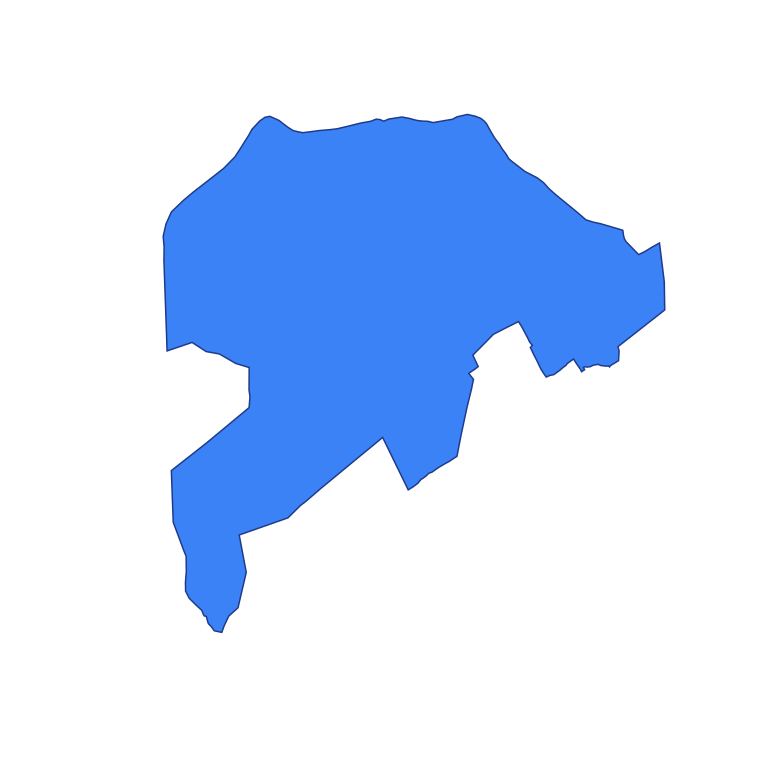 outline of Hadejia, Jigawa, Nigeria, rotated 195°
{"feature_id": "59680162B39799007570945", "entity_name": "Hadejia", "entity_type": "district", "adm_level": 2, "iso_a3": "NGA", "parent_name": "Nigeria", "parent_adm1": "Jigawa", "projection": "robinson", "projection_center": [10.051, 12.466], "detail": "fine", "context": "isolated", "style": "filled", "palette": "blue", "viewbox_px": 768, "rotation_deg": 195, "n_neighbors": 0, "source": "geoboundaries", "source_scale": "gbopen_adm2", "svg_char_len": 2607}
<svg xmlns="http://www.w3.org/2000/svg" viewBox="0 0 768 768"><g transform="rotate(195 384 384)"><path d="M369.9,666.1L373.1,666.0L382.6,661.0L386.5,657.4L404.3,649.2L409.5,649.1L415.9,647.7L420.9,647.1L428.5,647.1L435.8,646.5L447.9,641.2L452.3,637.8L456.2,638.4L460.1,637.8L464.7,634.4L474.1,630.0L487.5,622.6L495.5,618.3L503.1,615.3L512.5,611.9L520.9,608.4L527.5,605.7L532.7,605.4L537.4,605.3L543.2,607.1L548.7,609.3L553.5,611.4L563.5,613.0L568.0,610.8L572.1,605.9L577.5,595.7L579.0,589.4L581.5,581.4L583.5,574.9L586.8,564.8L594.8,550.6L609.4,531.2L617.9,520.0L625.2,509.6L633.9,495.2L636.0,482.0L635.5,469.4L631.9,459.6L628.5,446.2L605.7,371.7L602.1,359.8L580.1,374.5L564.2,369.3L550.8,370.4L532.6,365.5L518.5,365.0L512.8,343.2L510.2,337.1L508.2,326.3L515.4,316.1L540.1,281.2L567.0,245.3L551.8,195.9L533.7,170.5L530.6,166.5L528.7,159.8L526.5,152.1L524.4,140.8L522.0,132.5L516.7,126.6L508.3,121.8L501.4,118.2L499.0,114.9L497.7,113.5L495.5,113.5L493.7,110.4L491.7,107.1L487.8,104.8L484.1,101.7L476.4,102.1L475.8,109.1L473.9,119.6L467.1,130.1L468.3,166.4L484.8,200.7L442.1,229.9L433.2,245.1L429.6,249.7L418.1,266.6L390.2,305.8L371.5,332.0L366.9,326.8L333.2,288.0L329.2,292.3L325.6,296.9L323.6,301.4L322.1,302.8L319.6,306.0L317.6,309.4L314.9,311.2L312.8,313.7L310.2,316.9L305.7,321.6L300.7,326.4L297.0,330.7L294.8,333.0L295.3,340.1L296.0,349.9L296.3,354.0L297.8,383.5L298.2,402.6L298.6,407.9L298.7,411.6L304.9,416.2L299.8,422.2L297.5,425.2L305.6,434.8L303.0,439.5L299.7,445.2L291.3,460.1L289.8,461.6L283.8,467.0L282.2,468.5L270.2,479.1L268.4,477.4L265.6,474.8L262.0,470.9L257.5,466.1L254.1,462.1L250.7,459.8L252.1,457.1L249.6,454.3L246.6,450.7L242.5,446.3L239.6,442.8L236.1,438.8L232.1,435.2L229.1,432.7L225.8,435.3L222.4,437.0L217.6,442.9L215.3,446.3L213.1,449.0L212.2,451.3L207.4,457.2L203.8,453.9L200.3,450.9L198.2,449.2L196.3,447.0L195.3,448.3L193.9,449.7L195.7,451.6L194.3,452.7L192.1,452.9L191.1,453.5L189.5,453.9L187.8,455.4L186.0,456.8L184.5,457.3L182.2,458.4L180.4,458.1L179.1,458.0L176.9,458.3L175.5,458.5L173.2,459.0L172.2,459.5L171.2,459.2L170.5,458.9L170.4,459.6L169.5,461.0L168.8,461.6L167.8,462.7L163.5,467.2L165.4,476.6L167.7,480.6L132.0,528.2L139.7,555.2L154.4,591.5L160.6,585.5L166.3,579.5L171.5,574.9L187.0,584.1L189.3,586.4L191.1,589.5L193.1,594.3L216.3,594.9L223.1,594.5L231.4,594.8L241.5,599.7L265.3,610.5L267.3,611.4L275.1,615.3L282.0,619.8L289.1,622.7L303.0,625.8L318.5,632.3L321.9,634.0L325.5,637.6L330.6,641.6L335.1,645.9L340.6,650.1L346.1,655.4L349.8,659.3L352.6,662.2L356.0,664.3L359.6,665.7L365.1,666.3L369.9,666.1Z" fill="#3b82f6" stroke="#1e3a8a" stroke-width="1.5"/></g></svg>